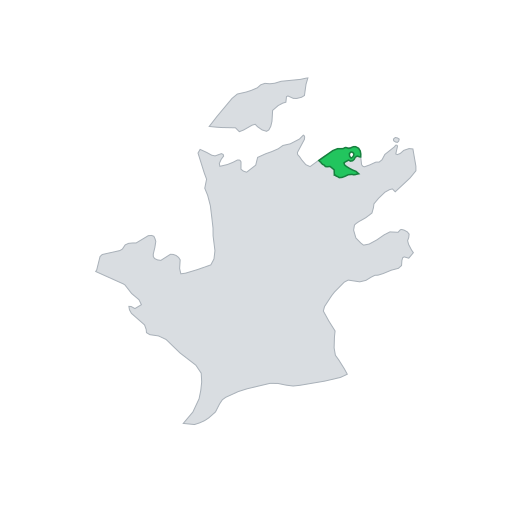 location of Gədəbəy within Azerbaijan, rotated 117°
{"feature_id": "AZE-1678", "entity_name": "Gədəbəy", "entity_type": "District", "adm_level": 1, "iso_a3": "AZE", "parent_name": "Azerbaijan", "parent_adm1": "", "projection": "robinson", "projection_center": [45.628, 40.56], "detail": "fine", "context": "in_parent", "style": "filled", "palette": "green", "viewbox_px": 512, "rotation_deg": 117, "n_neighbors": 0, "source": "natural_earth", "source_scale": "10m", "svg_char_len": 4225}
<svg xmlns="http://www.w3.org/2000/svg" viewBox="0 0 512 512"><g transform="rotate(117 256 256)"><path d="M342.6,391.8L340.7,391.6L327.3,394.7L324.5,393.7L312.9,379.7L310.5,378.2L305.5,377.6L302.6,375.3L300.2,371.5L298.8,368.7L286.8,361.2L285.1,358.4L284.8,356.0L286.5,353.8L288.5,351.9L294.3,350.0L301.0,348.4L303.2,347.2L304.3,345.2L304.2,342.0L303.1,338.8L293.3,333.0L292.2,330.5L291.8,327.5L292.4,324.3L293.9,321.8L301.8,318.4L306.0,314.9L303.3,311.0L294.7,302.0L284.4,292.2L277.7,292.1L269.9,295.0L257.5,303.4L250.6,307.0L241.7,312.9L231.9,319.5L223.9,326.6L218.9,332.4L210.0,334.9L205.5,339.8L190.6,354.4L186.4,354.2L186.1,346.9L186.3,341.2L185.4,337.9L180.5,333.3L180.4,331.4L181.7,330.2L185.5,330.9L190.2,330.7L192.5,328.9L187.4,322.9L182.8,318.9L179.0,316.2L178.1,314.6L178.1,313.5L178.9,312.1L185.5,308.8L186.1,305.8L185.6,302.4L175.2,297.5L167.4,299.3L160.4,293.7L155.9,289.4L150.3,284.8L145.3,282.2L140.5,276.4L132.1,270.4L126.8,268.7L126.9,267.8L127.8,266.7L130.1,265.8L144.9,266.1L146.7,265.0L147.7,262.4L149.7,258.7L152.0,253.1L151.8,248.4L136.9,240.9L126.1,234.0L118.6,224.8L113.6,216.5L113.8,213.6L115.2,211.0L126.8,203.3L127.6,201.3L127.3,199.9L123.2,196.0L118.0,191.9L116.4,188.9L113.1,187.4L107.0,187.3L96.1,182.3L93.8,181.8L93.3,180.8L93.8,179.8L101.6,177.8L101.5,176.1L99.1,174.0L94.8,172.3L90.8,168.4L89.4,164.8L103.4,154.3L107.5,152.2L116.6,154.2L135.6,161.1L134.3,164.9L136.2,167.1L140.6,170.1L149.0,173.0L156.0,174.6L159.6,173.3L165.1,172.2L172.1,175.6L178.7,180.0L181.9,181.7L183.7,182.3L188.6,180.8L194.6,175.2L196.9,168.4L197.5,165.1L194.0,160.6L186.9,155.7L178.9,151.4L173.7,147.6L170.4,140.2L167.1,139.3L166.3,138.4L165.7,135.8L165.8,132.2L167.0,129.5L170.2,128.3L173.5,127.9L176.4,125.3L180.1,120.1L181.6,117.3L188.6,118.9L189.5,123.5L190.8,124.5L193.7,124.0L198.4,122.0L202.3,123.5L207.2,129.0L214.0,134.8L217.7,138.6L219.2,141.3L222.7,143.9L227.8,147.0L231.9,151.8L235.6,162.9L239.2,165.5L252.4,169.7L257.0,170.6L269.9,172.0L274.5,171.0L281.0,161.4L286.9,151.5L292.4,149.4L302.4,144.7L308.4,140.2L310.9,135.3L316.4,126.1L319.9,121.0L325.8,125.6L336.3,138.0L351.3,158.2L355.0,163.9L357.4,170.6L359.6,178.6L363.1,185.7L378.3,203.6L384.9,210.3L395.6,218.8L399.3,220.7L404.3,221.3L413.3,221.3L421.7,224.6L425.9,227.0L430.2,230.4L434.1,234.3L438.2,244.8L423.6,241.4L409.0,241.9L400.8,244.2L392.9,247.2L385.3,251.6L380.6,260.0L376.9,279.7L371.2,298.2L371.5,306.7L374.3,314.9L374.0,318.8L371.3,320.5L368.0,324.0L363.7,340.9L361.4,344.3L358.6,346.4L357.7,344.4L357.8,340.0L351.4,336.0L348.1,340.4L345.9,349.8L341.3,359.6L341.1,361.5L342.6,391.8ZM125.0,218.2L125.7,215.6L123.8,214.4L121.9,214.3L120.2,215.6L120.2,218.9L122.5,219.5L125.0,218.2ZM77.0,294.8L74.8,292.1L73.8,290.6L80.3,289.4L91.0,285.7L93.9,287.5L97.1,291.2L98.6,294.3L98.9,300.2L100.2,301.2L105.4,299.2L107.7,301.6L111.8,304.5L118.7,307.3L128.8,302.9L133.8,301.7L137.9,301.8L140.1,303.2L140.9,307.8L140.1,313.4L139.0,316.5L141.1,318.8L149.3,324.2L152.8,327.3L151.1,332.5L157.3,345.3L159.4,350.3L161.8,356.5L149.2,354.1L126.5,348.9L120.2,346.2L114.3,339.1L110.8,335.6L105.6,331.2L101.3,329.5L98.1,326.4L96.3,321.9L93.6,317.8L88.9,312.9L78.4,296.5L77.0,294.8ZM90.8,185.7L89.4,186.6L87.2,185.7L86.6,183.6L86.8,181.5L88.9,181.0L90.6,181.6L91.1,183.5L90.8,185.7Z" fill="#d9dde1" stroke="#a8b0b8" stroke-width="1"/><path d="M113.4,215.4L113.4,213.5L115.1,210.8L117.6,208.9L120.2,207.7L120.6,208.6L121.0,211.2L122.9,212.4L125.3,212.4L127.3,213.2L128.6,214.9L128.5,217.1L130.0,218.0L131.5,219.1L133.1,219.9L134.7,218.3L135.2,215.9L135.5,212.2L135.5,208.7L135.2,205.3L136.1,201.8L137.3,203.3L138.5,204.6L139.3,205.9L139.7,207.5L141.7,210.7L144.5,212.8L146.9,215.0L148.4,217.4L148.2,219.2L148.4,221.0L147.9,222.0L148.4,222.9L143.7,225.5L142.6,230.6L143.4,231.9L144.2,233.2L144.8,234.8L144.1,236.4L144.1,238.3L143.6,240.0L143.0,240.8L142.9,242.0L142.4,243.4L127.2,235.4L123.3,232.0L121.2,227.9L120.7,227.0L119.3,226.1L118.7,225.5L118.4,224.7L118.3,222.9L118.0,222.1L116.9,220.8L115.6,219.9L114.3,218.7L113.4,216.9L113.4,215.4ZM122.5,219.3L124.7,217.8L125.6,215.7L123.9,214.8L122.9,214.7L122.0,214.7L121.1,214.9L120.3,215.5L119.9,216.3L119.8,217.1L119.9,217.9L120.3,218.7L122.5,219.3Z" fill="#22c55e" stroke="#15803d" stroke-width="1.5"/></g></svg>